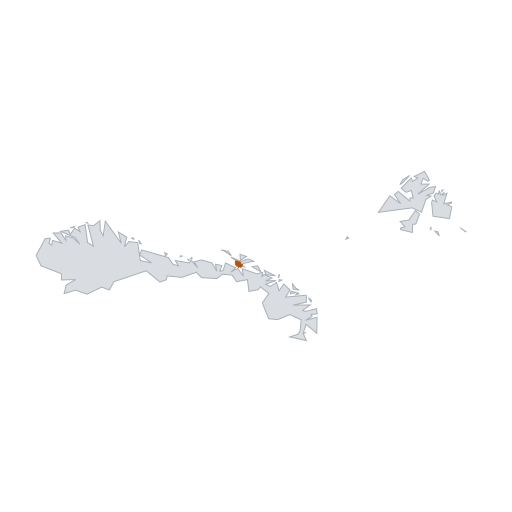 location of Lødingen nor, Nordland, Norway, rotated 68°
{"feature_id": "86288312B56909660985265", "entity_name": "Lødingen nor", "entity_type": "district", "adm_level": 2, "iso_a3": "NOR", "parent_name": "Norway", "parent_adm1": "Nordland", "projection": "orthographic", "projection_center": [15.635, 68.46], "detail": "fine", "context": "in_parent", "style": "filled", "palette": "amber", "viewbox_px": 512, "rotation_deg": 68, "n_neighbors": 0, "source": "geoboundaries", "source_scale": "gbopen_adm2", "svg_char_len": 6634}
<svg xmlns="http://www.w3.org/2000/svg" viewBox="0 0 512 512"><g transform="rotate(68 256 256)"><path d="M295.5,258.1L286.3,263.5L288.0,266.6L286.2,275.8L274.7,272.8L272.5,283.7L264.8,285.2L260.3,293.9L262.3,300.7L255.7,314.5L248.7,317.6L248.0,332.8L241.2,345.8L244.5,348.1L244.2,354.8L228.6,363.3L226.6,397.5L232.6,404.6L227.1,410.7L228.0,427.1L220.1,436.0L219.0,448.0L211.7,442.8L210.3,432.1L205.3,445.4L199.6,443.0L184.6,459.0L173.2,459.7L160.9,444.9L162.5,439.9L166.7,443.2L169.5,441.3L165.3,438.8L171.3,431.3L158.7,435.4L161.5,428.2L170.3,426.4L166.0,424.9L170.7,418.8L179.0,415.0L171.1,416.8L160.0,428.0L161.8,420.1L166.3,420.2L162.3,413.5L167.5,410.0L162.6,410.1L162.9,402.7L180.5,407.1L186.0,403.1L164.2,400.2L167.0,395.2L164.7,387.5L173.7,390.7L180.0,390.1L167.3,382.7L193.6,376.1L182.2,374.7L190.0,368.8L198.2,374.5L195.0,368.3L199.3,360.7L216.9,365.0L223.2,355.5L211.2,363.6L207.6,359.7L224.7,337.8L232.7,336.0L236.0,331.7L230.0,332.5L237.4,320.5L235.6,317.7L245.0,314.5L238.2,315.5L239.2,308.0L245.9,299.4L255.3,298.0L248.4,296.7L252.1,291.2L256.5,295.3L257.2,292.1L251.0,286.8L259.4,279.2L261.5,285.5L260.7,277.5L269.8,275.3L262.7,273.5L272.9,261.8L273.7,256.0L277.7,258.7L276.0,255.5L282.5,249.4L282.7,256.4L286.3,246.5L285.8,257.7L289.6,254.1L288.2,246.9L296.9,247.6L292.3,240.7L300.2,237.3L305.2,243.9L311.2,224.1L317.7,226.6L315.4,240.1L321.7,224.1L323.9,233.1L325.9,230.9L327.5,219.7L332.6,220.9L330.8,226.8L333.0,226.5L334.2,234.2L335.6,222.3L350.4,228.6L338.1,235.2L345.3,241.2L353.3,241.0L343.7,255.1L344.2,246.5L342.2,243.3L332.1,238.0L323.0,246.7L323.1,259.7L318.9,267.8L301.9,267.7L295.5,258.1ZM258.8,63.5L264.0,67.9L263.7,75.3L266.0,71.3L267.2,77.4L277.4,86.1L269.8,93.3L261.4,126.2L250.3,109.3L261.8,102.3L250.8,104.6L249.4,99.9L262.5,92.9L259.8,91.4L261.0,88.5L253.4,87.4L253.2,93.0L247.5,96.0L241.8,82.8L245.5,83.0L244.4,76.8L241.5,79.5L240.7,68.1L250.6,66.8L251.2,68.6L246.6,71.9L251.1,76.2L254.2,68.6L259.3,82.8L257.5,69.6L258.8,63.5ZM269.3,55.4L277.9,62.4L279.2,54.5L280.2,55.3L280.2,59.6L283.7,56.1L293.8,62.6L285.4,77.0L271.9,73.0L270.2,71.3L273.6,68.2L266.9,68.4L265.2,65.5L267.1,63.5L264.0,61.7L268.5,61.9L267.8,58.1L269.6,59.9L269.3,55.4ZM278.5,88.7L286.2,95.9L285.3,98.9L292.8,102.2L285.7,112.0L284.2,111.4L284.7,107.0L277.9,109.4L279.9,100.8L273.7,91.2L278.5,88.7ZM257.7,273.1L262.9,270.2L247.4,279.8L255.3,272.0L255.8,264.2L260.0,260.0L257.7,273.1ZM265.7,258.2L272.6,257.4L264.5,263.6L265.7,258.2ZM272.4,253.6L281.7,245.5L277.0,253.8L272.4,253.6ZM238.9,83.4L242.8,92.2L243.7,95.9L240.3,91.5L238.9,83.4ZM252.9,265.0L254.1,272.0L248.4,270.2L252.9,265.0ZM303.8,228.7L300.7,234.1L295.4,232.6L301.2,230.9L303.8,228.7ZM304.9,232.2L304.0,238.3L301.6,236.9L304.9,232.2ZM240.9,280.1L246.5,278.7L240.3,283.1L240.9,280.1ZM312.0,52.7L306.2,56.1L312.1,52.3L312.0,52.7ZM301.7,78.3L306.0,78.5L300.0,80.8L301.7,78.3ZM314.3,223.1L317.8,221.2L319.2,222.2L314.3,223.1ZM307.2,230.4L306.8,233.6L305.5,231.1L307.2,230.4ZM288.0,241.1L288.2,244.3L286.6,243.3L288.0,241.1ZM274.2,163.4L274.0,166.4L272.4,164.0L274.2,163.4ZM297.5,84.1L295.5,84.1L295.1,83.0L297.5,84.1ZM221.0,337.5L222.1,340.1L218.7,339.3L221.0,337.5ZM281.4,241.0L283.4,242.0L284.6,243.8L281.4,241.0ZM265.0,57.8L265.8,59.8L264.7,59.0L265.0,57.8ZM201.2,359.1L197.2,358.9L201.6,357.9L201.2,359.1ZM195.0,362.6L193.2,364.6L192.7,363.4L195.0,362.6ZM239.3,283.8L237.3,286.2L239.6,282.1L239.3,283.8ZM161.3,414.4L160.3,417.8L160.7,413.2L161.3,414.4ZM234.1,318.2L233.3,316.1L234.5,316.3L234.1,318.2ZM345.5,238.1L345.7,240.7L345.4,240.3L345.5,238.1ZM235.0,320.2L232.8,320.6L235.5,319.7L235.0,320.2ZM228.4,324.6L228.5,326.6L227.5,325.9L228.4,324.6ZM162.5,399.7L161.2,401.6L161.7,399.9L162.5,399.7Z" fill="#d9dde1" stroke="#a8b0b8" stroke-width="1"/><path d="M254.2,276.8L254.3,276.7L254.1,276.7L253.9,276.7L253.7,276.6L253.8,276.5L254.3,276.6L254.4,276.4L254.5,276.3L254.7,276.0L254.8,276.0L254.7,276.1L254.8,275.9L254.8,276.1L255.0,275.9L255.0,275.7L255.4,275.6L255.7,275.3L255.7,275.2L255.8,275.0L256.0,274.8L255.9,274.8L256.1,274.7L256.3,274.3L256.4,274.2L256.2,274.0L256.3,273.9L256.1,273.9L256.5,274.0L256.5,274.3L256.3,274.6L256.0,275.0L255.9,275.2L255.9,275.4L255.8,275.6L255.5,275.8L255.2,276.1L255.1,276.3L255.0,276.5L255.0,276.4L255.0,276.6L254.9,276.8L255.0,276.8L254.9,276.7L255.0,276.6L254.9,276.6L254.7,276.8L254.8,276.8L254.8,277.0L255.0,277.1L255.1,276.9L255.1,277.0L255.1,276.9L255.1,277.0L255.2,276.9L255.3,276.8L255.2,276.9L255.3,276.9L255.4,277.0L255.5,277.0L255.4,277.0L255.5,277.0L255.5,276.9L255.5,277.0L255.8,277.0L255.7,277.0L255.8,276.8L255.9,276.7L256.0,276.7L255.9,276.9L256.0,276.8L255.9,277.0L256.0,277.0L256.3,277.1L256.2,277.2L256.3,277.3L256.4,277.2L256.4,277.3L256.5,277.2L256.5,277.3L256.4,277.4L256.4,277.5L256.5,277.5L256.8,277.7L257.0,277.6L256.9,277.5L257.0,277.5L256.8,277.5L256.9,277.4L257.0,277.4L256.9,277.3L257.1,277.2L257.3,277.0L257.4,276.9L257.4,276.7L257.2,276.6L257.3,276.6L257.2,276.5L257.0,276.4L257.1,276.5L257.1,276.4L257.3,276.4L257.2,276.5L257.3,276.5L257.4,276.4L257.6,276.3L257.7,276.1L257.6,275.9L257.6,275.7L257.7,275.4L257.8,275.4L257.8,275.5L257.8,275.9L258.0,276.0L258.0,275.9L258.1,276.0L258.2,275.9L258.2,275.7L258.3,275.5L258.3,275.4L258.4,275.2L258.5,275.1L258.4,275.1L258.5,275.1L258.4,275.0L258.5,275.0L258.4,274.9L258.5,274.8L258.4,274.7L258.5,274.4L258.4,274.2L258.5,274.1L258.5,274.3L258.5,274.5L258.5,274.8L258.6,275.1L258.5,275.3L258.6,275.5L258.5,275.8L258.4,276.0L258.5,276.0L258.4,276.0L258.4,276.3L258.7,276.3L258.6,276.2L258.8,276.1L259.0,276.0L259.1,275.9L259.3,275.9L259.2,275.7L259.3,275.7L259.2,275.6L259.4,275.4L259.3,275.2L259.5,275.0L259.4,275.0L259.5,275.0L259.5,274.9L259.8,274.7L259.9,274.4L259.9,274.1L260.0,274.1L259.9,274.0L260.0,273.9L260.1,274.0L260.2,273.9L260.0,273.7L260.1,273.4L259.8,273.5L259.6,273.6L259.3,273.4L259.3,273.2L259.5,272.9L259.3,272.6L259.3,272.4L259.2,272.3L259.0,272.1L258.9,272.2L258.9,272.3L258.8,272.5L258.7,272.8L258.6,273.0L258.6,273.3L258.6,273.5L258.1,273.5L258.0,273.9L257.8,274.0L257.6,274.1L257.6,274.3L257.3,274.5L257.2,274.7L257.2,274.8L257.0,275.0L256.9,275.1L256.7,275.0L256.7,274.9L256.8,274.8L256.8,274.7L257.0,274.7L257.1,274.4L257.0,274.2L257.0,273.9L257.0,273.7L256.8,273.6L256.7,273.4L256.6,273.5L256.4,273.5L256.3,273.4L256.2,273.3L256.1,273.5L255.7,273.5L255.4,273.6L255.3,273.8L255.4,274.1L255.3,274.3L255.3,274.6L255.5,274.9L255.5,275.0L255.4,275.2L255.0,275.1L254.7,275.1L254.7,275.3L254.4,275.4L254.4,275.5L254.5,275.6L254.4,275.6L254.5,275.7L254.4,275.8L254.2,275.9L254.1,276.1L253.8,276.0L253.7,276.2L253.6,276.3L253.4,276.5L253.5,276.8L254.1,276.8L254.2,276.8Z" fill="#f59e0b" stroke="#b45309" stroke-width="1.5"/></g></svg>